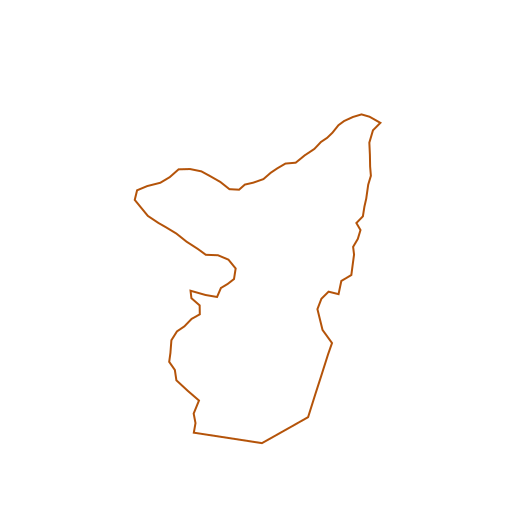 the district of Lajeado Grande, Santa Catarina, Brazil, rotated 305°
{"feature_id": "56859067B27052797536229", "entity_name": "Lajeado Grande", "entity_type": "district", "adm_level": 2, "iso_a3": "BRA", "parent_name": "Brazil", "parent_adm1": "Santa Catarina", "projection": "natural_earth1", "projection_center": [-52.542, -26.847], "detail": "fine", "context": "isolated", "style": "outline", "palette": "amber", "viewbox_px": 512, "rotation_deg": 305, "n_neighbors": 0, "source": "geoboundaries", "source_scale": "gbopen_adm2", "svg_char_len": 1279}
<svg xmlns="http://www.w3.org/2000/svg" viewBox="0 0 512 512"><g transform="rotate(305 256 256)"><path d="M241.6,120.9L232.4,124.5L229.7,134.1L226.8,144.4L227.1,157.3L227.9,165.9L228.7,177.9L227.9,190.9L228.4,204.1L228.2,214.2L234.8,224.4L237.2,235.5L234.1,246.5L224.5,251.2L216.8,248.8L209.7,245.6L200.1,247.6L195.1,237.0L190.0,222.3L184.4,227.3L183.2,238.2L176.0,243.4L167.5,239.3L157.3,237.7L148.9,234.5L138.5,235.0L127.5,241.5L119.5,245.6L116.1,254.9L108.5,262.1L106.4,277.5L104.9,292.2L91.2,295.3L84.4,302.3L75.6,306.4L106.1,368.2L132.9,381.1L153.9,391.1L178.3,383.4L193.6,378.7L216.9,371.4L228.3,368.2L233.6,352.9L247.7,336.8L258.5,334.1L268.4,335.9L272.1,345.5L284.5,340.2L295.1,345.0L304.7,340.0L313.4,335.5L319.2,330.3L328.4,329.6L337.2,326.7L340.6,319.3L349.8,320.8L358.6,316.5L366.2,313.4L378.8,307.0L387.6,304.1L394.7,298.2L404.3,291.2L413.9,283.8L426.1,279.7L436.4,281.5L435.2,269.1L432.5,261.2L425.4,255.6L417.2,250.8L410.4,248.5L400.8,247.9L393.6,246.5L386.7,243.8L377.2,242.4L366.5,238.2L355.2,235.0L348.6,227.1L340.1,223.2L332.6,220.3L323.3,218.0L314.5,211.7L308.1,205.9L300.6,204.1L295.5,195.9L296.2,184.4L295.2,173.4L294.0,162.7L289.4,152.1L282.6,142.9L271.1,140.1L261.1,135.6L250.9,126.8L241.6,120.9Z" fill="none" stroke="#b45309" stroke-width="2"/></g></svg>